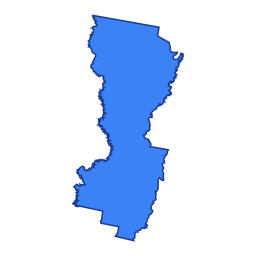 the district of San Justo, Santa Fe, Argentina
{"feature_id": "61730980B61800814165729", "entity_name": "San Justo", "entity_type": "district", "adm_level": 2, "iso_a3": "ARG", "parent_name": "Argentina", "parent_adm1": "Santa Fe", "projection": "albers", "projection_center": [-60.381, -30.562], "detail": "fine", "context": "isolated", "style": "filled", "palette": "blue", "viewbox_px": 256, "rotation_deg": 0, "n_neighbors": 0, "source": "geoboundaries", "source_scale": "gbopen_adm2", "svg_char_len": 5778}
<svg xmlns="http://www.w3.org/2000/svg" viewBox="0 0 256 256"><path d="M79.3,206.0L102.8,211.1L101.3,221.4L100.6,221.2L101.0,223.2L118.9,226.7L117.6,233.0L115.3,236.3L133.7,240.6L133.0,239.1L134.7,237.8L135.0,232.7L135.9,231.9L137.9,232.2L138.1,230.4L140.4,230.1L141.2,228.6L142.3,228.0L145.0,228.3L145.8,227.7L145.3,226.4L146.1,226.9L145.9,226.5L147.0,226.2L147.4,225.3L145.6,223.8L146.9,221.9L147.0,219.6L148.6,217.5L149.1,215.1L151.5,213.6L152.8,211.1L151.1,208.7L151.1,206.6L152.5,204.1L153.9,202.9L153.1,201.4L155.9,199.7L156.1,198.6L155.3,196.7L156.1,195.1L156.0,193.2L155.3,191.4L156.5,191.4L158.0,189.0L158.2,179.2L159.4,177.8L162.0,180.3L163.3,180.4L163.7,179.0L163.1,176.2L163.7,173.7L162.2,170.9L163.7,168.0L162.6,166.1L162.4,163.8L164.6,162.7L163.7,159.1L165.3,156.1L164.9,155.5L166.6,154.9L166.7,153.6L167.4,153.3L167.2,151.6L168.0,150.2L169.0,149.9L150.1,146.6L151.0,144.1L149.6,141.7L148.7,141.2L149.2,140.2L147.6,139.0L145.9,138.8L143.6,136.2L143.7,135.2L145.2,134.9L145.0,134.2L146.4,133.6L146.1,132.4L147.2,130.8L148.4,131.1L150.0,129.2L149.3,127.9L150.3,125.2L149.7,124.9L149.5,121.7L148.3,119.0L148.8,118.2L150.5,117.2L151.9,117.4L152.3,116.7L151.7,115.7L152.1,114.3L150.3,114.4L151.1,112.9L154.3,109.7L156.1,109.1L157.6,106.0L159.8,105.6L159.0,104.7L159.5,103.7L161.3,104.7L162.6,104.0L163.7,101.6L164.5,101.8L163.7,100.8L164.2,100.5L164.1,98.5L164.8,98.1L165.2,98.6L166.0,97.4L166.4,97.6L166.2,96.7L167.1,95.5L169.0,95.5L169.4,94.2L169.8,94.8L170.1,94.2L171.1,94.4L171.1,92.3L168.8,90.5L170.5,89.3L171.7,86.0L170.9,87.0L168.8,86.1L168.3,85.4L170.0,84.4L168.7,84.6L168.5,83.9L169.7,81.8L171.2,82.2L170.9,82.9L171.9,82.9L172.4,82.5L171.7,81.5L173.1,81.9L173.8,81.1L174.4,79.6L173.7,78.8L173.8,78.0L175.0,77.9L174.6,77.2L174.9,76.6L175.9,77.1L175.8,75.1L176.8,74.8L174.6,72.7L177.0,70.5L176.7,69.9L176.1,70.4L176.0,69.8L176.6,69.5L175.7,69.3L175.7,68.6L176.5,67.4L177.1,67.8L178.2,67.0L179.0,64.2L178.4,62.9L179.4,62.8L179.1,61.6L179.6,62.1L179.6,61.4L180.0,61.8L179.8,61.3L181.1,61.1L180.9,59.6L181.8,59.5L181.3,59.1L182.4,58.3L181.9,57.9L183.1,56.6L182.7,56.0L183.1,55.7L182.4,55.2L183.1,54.0L181.9,53.6L181.8,54.2L180.4,52.9L181.0,54.6L177.8,59.1L174.7,59.5L173.6,58.9L173.2,56.2L176.8,54.0L177.4,52.3L174.6,52.6L171.2,52.0L170.0,49.5L170.2,47.1L169.1,42.5L157.5,36.0L159.0,27.2L92.9,15.4L92.7,16.5L93.9,17.1L93.4,18.2L94.3,18.2L94.2,19.9L95.1,20.1L95.0,20.7L95.7,20.5L96.4,21.5L95.5,22.1L95.3,23.5L97.1,24.3L96.4,26.1L93.9,26.4L92.1,27.7L93.2,27.6L92.9,29.0L93.5,30.4L93.4,32.5L92.8,33.4L92.2,33.0L92.7,34.4L91.8,35.8L91.3,35.8L91.6,35.1L91.2,34.5L90.3,34.8L90.8,37.4L90.0,38.0L90.6,38.9L88.4,40.9L89.2,41.5L89.0,42.4L89.5,43.3L88.3,44.7L89.1,45.8L88.7,46.7L90.2,46.2L90.0,47.3L91.8,49.6L92.2,52.2L95.3,54.3L95.9,55.7L92.6,62.3L93.3,63.7L91.3,64.5L90.8,67.3L92.8,69.1L93.6,70.7L93.4,71.7L95.9,72.0L95.5,73.4L96.4,73.8L96.5,74.8L98.4,74.6L98.1,75.7L99.1,76.6L101.5,75.5L102.6,75.7L103.9,77.0L104.0,77.7L103.0,78.0L103.8,80.1L104.9,80.7L104.1,81.8L105.1,82.7L102.7,83.4L103.2,87.2L104.0,87.6L102.9,88.0L103.7,90.1L102.9,90.4L102.0,89.6L100.9,90.6L100.3,90.1L100.6,91.3L99.2,91.8L99.3,93.3L100.9,93.3L99.8,94.5L99.7,95.3L100.4,95.3L99.0,95.4L98.8,96.5L99.4,96.9L100.9,96.6L99.2,98.2L100.0,99.2L100.4,98.2L101.3,98.0L103.3,99.7L101.3,100.0L101.4,101.2L102.9,101.3L102.5,102.2L103.2,103.1L101.6,104.1L104.2,104.8L103.7,105.5L102.4,105.2L102.8,106.4L103.9,106.7L103.5,108.7L104.4,109.1L103.1,110.3L104.5,112.9L105.5,112.9L105.5,113.8L103.6,113.0L103.8,114.0L103.1,114.5L102.9,115.8L104.2,117.4L102.8,117.3L102.9,119.1L101.4,117.7L100.2,118.6L100.2,119.7L98.5,119.0L98.5,120.2L100.0,120.6L99.9,121.5L98.5,122.1L99.1,123.7L97.9,124.9L99.5,125.0L99.4,125.8L100.0,125.5L100.3,126.5L100.6,125.4L102.1,126.0L101.5,126.7L102.3,127.1L102.1,128.1L103.3,128.7L101.7,128.9L101.7,129.6L103.1,129.6L103.2,131.0L104.2,130.1L103.9,131.6L105.4,131.1L105.4,131.9L104.3,132.2L106.0,132.7L105.2,133.6L106.9,133.6L107.2,135.3L107.8,134.8L107.6,133.9L108.4,133.6L108.3,135.3L109.0,135.6L109.0,136.3L108.5,136.8L107.7,136.3L108.0,137.5L107.1,137.8L108.7,138.4L107.7,140.3L109.9,140.5L107.9,141.5L108.4,143.4L109.3,142.8L109.9,143.8L110.9,143.4L110.8,144.6L109.3,144.5L109.1,145.2L110.6,145.3L110.7,146.2L111.8,145.6L111.8,147.0L112.2,146.1L112.6,146.6L111.4,147.3L112.4,147.9L111.3,148.2L111.9,149.3L111.0,149.8L112.3,150.2L111.0,151.1L111.3,151.9L110.4,151.9L110.1,152.5L110.3,153.6L111.6,154.3L110.6,155.1L110.4,154.4L109.6,154.7L109.6,155.9L107.4,157.4L108.3,158.3L107.0,158.7L108.5,159.4L108.0,160.0L105.6,161.1L105.3,160.5L104.4,161.4L104.2,160.1L102.7,160.0L103.1,159.1L102.0,160.3L100.6,159.6L100.0,160.3L99.5,159.7L99.1,159.9L99.7,161.0L98.3,161.0L98.2,162.0L97.6,161.3L98.1,160.9L98.0,160.2L96.2,160.2L96.3,161.1L95.1,161.0L93.7,163.3L92.7,163.9L94.8,164.5L93.0,165.2L93.8,166.9L92.3,165.9L91.7,167.1L91.9,167.9L90.4,168.6L89.7,168.1L89.0,168.8L89.6,169.7L88.7,169.5L87.5,170.6L86.6,169.7L85.8,170.7L84.0,169.3L84.5,168.1L84.1,167.0L82.4,166.3L79.5,168.3L78.7,169.6L77.7,169.6L77.8,170.3L77.2,170.3L77.1,171.7L77.8,171.6L78.1,172.4L76.6,173.5L78.1,172.9L78.3,174.0L79.3,174.7L79.1,175.6L81.0,175.4L80.0,177.0L81.2,176.7L81.3,177.6L82.1,178.0L80.9,178.6L81.4,179.0L82.4,178.5L82.9,179.1L82.7,181.2L84.3,182.9L84.1,183.9L85.2,184.4L83.4,185.3L81.2,184.4L80.8,185.5L80.0,184.6L80.2,186.0L79.7,186.2L76.7,184.3L73.8,186.9L75.1,187.6L75.8,189.8L78.5,189.9L78.2,191.6L77.2,191.5L77.8,192.3L76.3,192.7L77.2,193.7L76.6,195.0L77.2,195.1L76.5,195.7L77.8,196.0L76.4,196.9L76.2,198.2L76.9,197.6L77.2,199.0L76.7,199.7L77.9,200.5L76.0,200.6L76.9,201.1L76.8,202.2L75.3,201.3L75.1,202.3L75.9,202.7L75.3,203.7L73.9,202.3L72.9,203.7L73.9,203.8L75.5,205.8L75.6,205.0L76.4,205.0L76.7,206.3L77.5,206.2L77.4,205.6L78.4,206.6L79.3,206.0Z" fill="#3b82f6" stroke="#1e3a8a" stroke-width="1.5"/></svg>